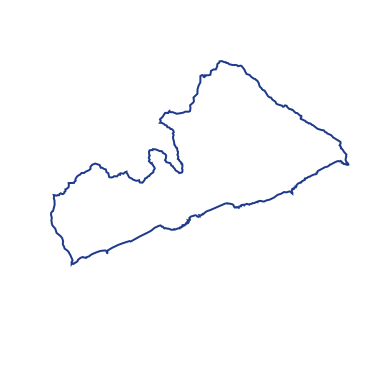 Caraveli, Arequipa, Peru (Natural Earth projection), rotated 308°
{"feature_id": "86281439B24627039816812", "entity_name": "Caraveli", "entity_type": "district", "adm_level": 2, "iso_a3": "PER", "parent_name": "Peru", "parent_adm1": "Arequipa", "projection": "natural_earth1", "projection_center": [-73.996, -15.752], "detail": "fine", "context": "isolated", "style": "outline", "palette": "blue", "viewbox_px": 384, "rotation_deg": 308, "n_neighbors": 0, "source": "geoboundaries", "source_scale": "gbopen_adm2", "svg_char_len": 6069}
<svg xmlns="http://www.w3.org/2000/svg" viewBox="0 0 384 384"><g transform="rotate(308 192 192)"><path d="M317.6,212.0L316.1,211.9L315.2,211.2L315.5,210.0L313.8,205.6L313.5,204.1L314.5,202.2L314.3,198.2L315.1,196.4L314.4,194.8L314.3,192.9L316.6,186.8L316.0,185.1L316.1,183.9L316.5,183.3L316.8,180.4L318.9,177.5L319.9,174.8L319.7,173.5L320.0,172.4L319.4,171.0L319.2,168.0L319.7,165.4L318.6,162.3L319.9,159.2L320.6,158.3L321.8,153.7L321.5,152.5L319.5,150.8L319.7,149.9L318.9,148.0L317.4,146.4L315.6,142.7L315.7,140.9L314.8,139.5L315.1,138.6L314.1,137.3L313.6,135.0L311.9,133.3L310.4,133.8L308.9,133.2L307.5,133.7L306.6,134.5L303.3,135.3L301.8,133.5L299.2,132.4L295.7,134.3L294.0,133.0L292.1,130.5L291.5,131.2L290.7,130.8L290.2,131.0L289.9,130.1L290.6,129.3L290.7,128.4L290.2,127.9L288.6,127.2L283.5,131.1L280.0,131.7L276.4,133.1L272.7,135.8L267.4,135.0L264.8,137.6L263.3,137.9L259.2,137.1L257.1,139.2L254.6,140.6L253.4,140.1L251.2,137.3L248.9,136.1L244.4,132.0L242.9,127.4L241.5,125.7L241.5,125.1L242.0,124.4L241.0,124.2L239.6,124.6L237.8,122.1L232.8,122.6L229.6,122.0L229.0,123.3L227.6,124.2L226.9,124.2L227.8,125.5L228.3,127.7L228.2,129.7L228.8,131.2L227.9,132.7L228.9,134.5L228.4,136.2L229.1,137.3L229.1,138.7L228.6,139.8L228.0,140.8L226.3,140.8L225.6,142.5L223.7,143.1L222.3,144.4L221.1,146.2L218.3,149.2L218.3,150.1L217.8,150.6L217.1,152.8L217.4,153.1L215.2,155.6L215.1,156.2L213.4,157.4L212.4,157.5L211.4,159.5L209.3,160.5L209.5,161.9L208.9,162.5L208.5,165.6L208.0,165.9L208.2,166.1L208.0,167.1L207.6,167.2L207.5,167.7L206.1,168.8L204.2,169.8L203.7,170.8L202.1,171.9L201.3,172.1L199.0,170.3L199.4,169.3L198.9,165.8L199.7,164.0L200.0,161.8L200.5,161.1L200.1,159.3L201.4,157.2L199.7,153.4L200.3,152.5L200.3,151.6L200.5,151.1L202.2,150.8L204.7,149.3L205.4,147.6L204.9,144.8L205.6,143.6L205.4,142.7L204.4,141.5L203.3,137.3L201.7,134.8L200.7,135.1L200.4,134.4L199.5,133.9L198.9,133.0L197.6,133.1L195.0,135.3L194.7,136.3L192.7,136.6L192.1,137.2L191.5,138.7L189.8,139.0L189.3,142.0L190.1,142.5L189.3,143.5L189.3,144.4L188.7,145.6L188.3,147.1L187.6,148.2L185.0,148.5L183.8,149.4L181.0,148.5L179.0,148.3L178.3,148.5L176.9,147.6L175.1,147.6L173.9,146.7L171.9,147.3L168.8,147.2L167.4,144.9L168.7,143.0L167.7,142.5L166.4,140.9L165.4,137.6L165.6,136.7L164.9,133.4L166.5,130.0L166.7,128.9L167.7,127.9L166.1,127.0L164.3,126.8L162.6,124.0L161.9,124.0L161.2,124.6L160.6,123.4L158.1,123.3L156.5,120.9L155.4,120.7L154.0,119.8L152.9,118.0L152.9,117.3L155.3,114.5L155.0,112.5L156.7,110.2L156.0,108.4L155.8,106.1L154.9,105.1L156.4,102.6L154.8,98.2L151.8,96.5L149.1,96.6L147.8,97.8L145.8,97.4L142.7,95.8L140.5,95.2L139.1,93.3L136.4,93.0L136.0,92.6L133.7,91.9L130.9,92.1L129.7,92.7L129.3,93.4L127.8,93.0L126.5,93.4L123.1,89.3L121.8,90.6L119.8,91.8L116.6,91.1L116.1,90.6L114.6,91.8L113.4,91.4L112.5,91.9L111.2,91.7L110.3,90.8L110.2,89.4L108.9,88.9L107.6,89.2L106.7,88.0L105.8,87.6L104.5,85.0L104.0,85.8L102.1,86.8L100.7,88.8L97.4,91.6L91.5,94.2L90.5,93.8L88.9,93.8L87.1,95.1L85.3,97.5L82.9,98.7L82.5,99.5L81.2,100.5L79.7,102.7L78.9,106.9L76.4,110.5L76.3,115.6L75.8,118.0L73.8,120.8L72.0,121.8L70.8,123.0L70.4,124.5L69.0,126.4L69.1,129.8L68.8,131.6L67.3,135.1L65.0,139.4L64.4,140.1L62.8,140.2L61.1,141.5L61.5,141.5L62.1,142.5L62.6,142.2L63.3,143.3L64.8,143.5L65.2,144.0L67.0,144.4L68.1,143.9L71.3,144.6L73.5,145.9L73.9,147.4L74.7,148.2L74.7,148.9L75.1,149.3L75.9,149.2L78.3,150.7L79.4,150.7L82.4,152.0L87.1,154.7L89.7,156.6L92.6,159.7L92.8,161.0L91.7,162.3L91.8,162.8L92.6,162.4L93.1,161.5L93.8,161.5L98.8,163.4L105.0,166.5L109.2,169.1L114.9,173.0L115.2,174.1L116.0,174.5L125.0,178.3L133.9,182.6L136.7,183.7L140.8,184.6L144.9,186.7L146.3,187.8L146.2,189.9L146.7,190.3L146.3,192.6L147.3,193.4L147.9,195.1L148.6,195.9L149.6,199.1L151.1,200.8L151.8,200.8L151.9,201.7L155.0,203.6L155.7,204.7L156.9,204.4L157.4,205.3L158.1,205.2L158.7,205.7L159.8,204.9L160.3,205.2L160.4,206.2L161.1,206.1L161.3,206.6L161.7,206.5L162.3,206.9L163.1,206.6L163.1,207.0L163.7,206.9L164.0,207.3L165.2,206.8L165.3,208.0L166.3,207.9L167.1,206.4L167.4,207.4L167.9,207.2L168.4,207.5L168.9,206.7L169.4,207.0L170.1,205.9L171.9,206.2L175.7,208.9L176.2,210.1L175.9,211.3L176.3,212.2L176.7,212.2L177.1,212.8L177.2,212.5L178.2,213.0L178.4,212.5L178.6,213.0L180.0,213.8L181.1,213.8L181.2,214.4L184.8,215.1L186.4,215.8L188.8,217.4L203.2,225.2L204.9,226.7L204.9,227.5L205.7,228.2L207.2,231.4L207.2,232.8L206.3,234.0L206.2,235.5L207.1,235.9L207.3,236.7L207.9,236.8L208.3,238.6L209.7,238.1L211.0,239.5L211.7,238.9L212.2,239.0L213.6,240.3L213.6,241.3L214.2,241.2L216.5,242.6L217.3,244.9L217.7,244.8L219.7,246.4L220.4,246.5L221.4,247.7L224.1,249.1L224.4,250.0L225.2,249.8L226.5,250.7L227.4,251.7L227.9,253.2L228.9,254.7L231.2,255.8L233.8,257.9L238.5,260.2L242.5,261.2L245.3,263.2L248.7,264.6L249.7,266.5L252.6,268.6L253.1,270.4L252.6,270.6L252.5,272.1L253.3,271.5L253.5,270.8L253.8,270.9L253.4,270.5L255.4,269.5L255.8,269.7L255.9,269.2L256.6,269.3L257.5,270.4L258.4,269.9L259.6,270.9L260.2,270.1L260.9,270.7L261.7,270.2L263.7,270.3L265.6,271.2L266.1,271.9L266.8,271.8L267.1,272.2L268.1,272.0L271.0,273.4L271.7,273.3L271.7,272.8L272.1,272.6L273.9,274.0L275.7,274.4L276.6,275.5L277.8,275.7L280.8,277.3L282.6,278.9L282.9,279.0L283.9,278.3L284.4,278.8L285.9,278.2L293.6,281.6L295.5,283.2L297.5,283.8L298.3,283.7L298.8,284.3L303.0,286.1L305.4,287.4L306.3,288.0L306.8,289.3L307.9,289.8L308.1,291.2L307.2,291.9L307.8,293.1L307.4,294.0L307.6,294.7L308.4,295.3L308.8,296.7L308.6,296.9L309.5,298.4L309.4,299.0L310.3,297.8L310.8,296.1L310.6,295.3L311.8,293.3L314.0,292.0L315.0,291.8L315.6,291.0L316.6,290.6L317.2,287.1L318.3,284.0L318.1,282.6L318.8,282.2L318.9,281.5L319.5,281.1L319.6,279.6L321.6,279.3L322.9,278.1L321.9,269.6L322.5,266.7L321.4,262.6L321.7,261.3L321.2,260.3L321.7,257.6L320.8,256.4L319.1,252.1L319.1,246.1L318.7,245.1L318.9,243.2L318.4,242.2L317.9,241.9L318.0,240.9L317.4,238.5L317.7,238.2L317.7,237.2L316.6,232.6L317.3,232.0L318.5,232.0L319.3,231.2L318.7,229.9L319.0,226.4L318.1,224.9L318.7,220.6L318.2,220.2L318.1,218.8L317.3,217.5L317.6,214.8L318.2,213.6L317.6,212.0Z" fill="none" stroke="#1e3a8a" stroke-width="2"/></g></svg>